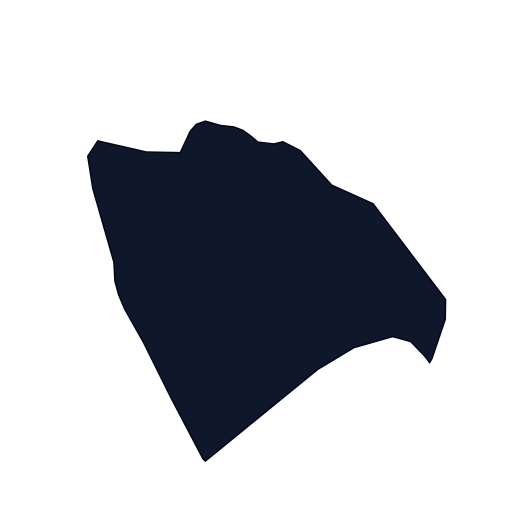 Jakarta Raya, Natural Earth projection, rotated 151°
{"feature_id": "IDN-1227", "entity_name": "Jakarta Raya", "entity_type": "Special district", "adm_level": 1, "iso_a3": "IDN", "parent_name": "Indonesia", "parent_adm1": "", "projection": "natural_earth1", "projection_center": [106.832, -6.22], "detail": "fine", "context": "isolated", "style": "filled", "palette": "ink", "viewbox_px": 512, "rotation_deg": 151, "n_neighbors": 0, "source": "natural_earth", "source_scale": "10m", "svg_char_len": 599}
<svg xmlns="http://www.w3.org/2000/svg" viewBox="0 0 512 512"><g transform="rotate(151 256 256)"><path d="M155.8,78.6L157.1,87.1L162.2,106.2L175.6,119.3L214.8,128.4L257.0,126.9L399.7,101.2L400.7,104.4L399.1,174.1L396.3,234.8L396.6,272.8L395.0,288.4L391.6,302.4L383.3,319.4L366.0,394.2L354.8,424.8L338.6,433.4L301.5,400.1L272.1,383.1L253.1,397.0L244.4,400.1L234.9,398.5L223.9,387.5L212.8,379.6L206.5,372.1L202.1,362.7L199.1,354.7L186.0,345.3L177.1,342.9L166.2,326.7L155.4,281.2L128.3,244.9L111.3,126.0L121.2,108.8L151.8,81.0L155.8,78.6Z" fill="#0f172a" stroke="#020617" stroke-width="1.5"/></g></svg>